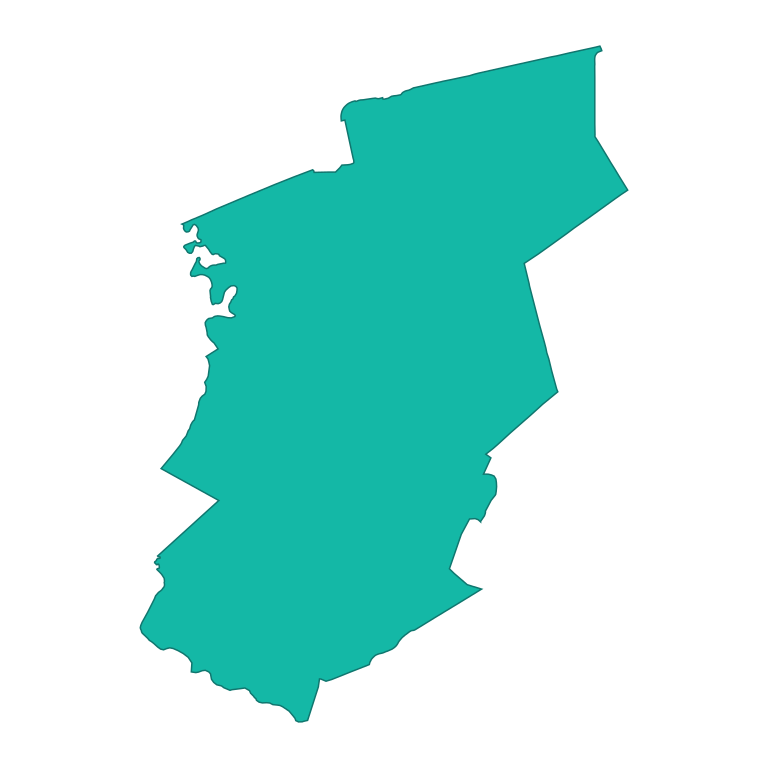 Vladeni, Dâmbovita, Romania
{"feature_id": "2599482B82955603799790", "entity_name": "Vladeni", "entity_type": "district", "adm_level": 2, "iso_a3": "ROU", "parent_name": "Romania", "parent_adm1": "Dâmbovita", "projection": "orthographic", "projection_center": [25.776, 44.875], "detail": "fine", "context": "isolated", "style": "filled", "palette": "teal", "viewbox_px": 768, "rotation_deg": 0, "n_neighbors": 0, "source": "geoboundaries", "source_scale": "gbopen_adm2", "svg_char_len": 6051}
<svg xmlns="http://www.w3.org/2000/svg" viewBox="0 0 768 768"><path d="M307.6,720.4L318.4,686.7L318.5,685.6L319.5,678.9L321.0,679.1L326.0,681.2L331.7,679.5L351.4,671.6L352.7,671.1L367.7,665.2L368.5,664.9L369.2,664.6L369.4,664.3L369.8,662.5L371.5,659.2L372.7,657.8L374.9,655.7L376.4,654.8L379.0,653.8L381.8,653.2L383.2,652.8L386.0,651.6L387.3,651.2L389.6,650.2L392.1,649.1L394.4,647.5L395.3,646.7L396.4,645.6L397.8,643.5L398.5,642.1L399.4,640.8L402.1,637.6L405.0,635.1L406.8,633.8L409.4,631.8L410.5,631.1L411.6,630.6L413.3,630.4L414.1,630.2L415.2,629.7L423.7,624.5L435.2,617.4L463.5,600.2L481.6,589.1L474.9,587.0L472.6,586.4L471.8,586.1L467.6,584.8L466.8,584.4L466.2,583.8L454.1,573.4L449.4,568.8L461.3,534.3L469.5,519.0L475.1,518.6L478.2,519.7L480.6,521.9L480.6,521.4L484.4,515.9L485.2,513.7L485.5,512.0L485.4,511.1L486.3,509.5L491.1,500.4L495.1,495.4L495.7,494.4L496.2,491.3L496.6,486.7L496.4,482.6L495.9,479.1L494.1,476.1L491.6,475.0L488.4,474.2L483.5,474.1L490.9,457.9L485.8,454.2L493.1,448.5L497.7,444.5L510.7,432.6L530.6,415.2L535.7,410.6L542.6,404.3L557.8,391.8L556.7,389.1L551.7,370.9L548.8,358.9L546.8,352.8L545.9,348.2L544.3,342.0L539.7,325.5L529.5,286.0L529.1,283.6L524.2,263.4L538.3,254.0L551.6,244.5L566.6,233.7L574.2,228.0L583.6,221.4L590.8,216.3L614.9,198.9L621.0,194.6L627.7,190.1L618.6,175.4L614.7,168.9L610.5,162.2L608.7,159.1L598.3,141.9L594.9,136.6L595.0,134.7L594.8,124.0L594.8,120.1L594.8,87.9L594.8,87.7L594.8,86.6L594.8,78.4L594.7,65.5L594.8,65.2L594.8,63.7L594.7,60.8L594.7,58.6L594.9,57.0L595.2,55.7L596.1,54.2L596.8,53.2L597.7,52.4L598.7,51.9L601.8,50.7L601.2,48.9L599.9,46.1L595.5,47.2L589.6,48.5L569.0,53.0L556.7,55.9L550.8,57.0L535.6,60.4L512.1,65.6L478.7,73.1L474.4,74.2L469.6,75.7L467.8,76.1L463.4,77.0L452.3,79.4L442.8,81.3L440.9,81.8L436.6,82.7L413.4,87.9L410.4,89.5L408.7,90.2L406.9,90.6L405.5,91.0L404.6,91.4L402.7,92.5L401.7,93.6L401.4,94.1L401.0,94.5L400.6,94.8L396.4,95.6L394.1,95.8L391.5,96.3L388.3,98.2L384.1,99.2L382.8,98.9L382.6,97.7L378.7,98.7L377.4,98.6L375.4,98.1L372.7,98.4L363.2,99.8L360.3,100.0L358.7,100.4L355.9,101.5L355.1,100.9L354.7,101.0L352.2,101.7L350.1,102.6L348.5,103.4L347.0,104.5L345.4,106.0L344.0,107.5L342.9,109.2L342.0,111.1L341.6,112.6L341.2,114.4L341.0,116.1L341.1,118.8L341.3,120.9L344.9,120.1L349.2,140.1L353.1,158.1L353.7,160.2L353.9,162.5L353.3,163.3L350.4,164.4L347.6,164.8L341.9,165.1L339.8,167.8L335.5,172.1L335.2,172.1L328.0,172.1L314.1,172.4L313.8,170.9L312.7,169.8L293.7,177.0L275.1,184.4L250.0,194.8L217.0,208.7L202.5,215.3L193.9,218.9L191.6,219.8L188.7,221.2L181.9,224.1L183.1,224.7L183.7,225.1L183.7,226.2L183.5,228.2L184.0,229.7L185.2,231.3L186.3,232.0L188.2,231.8L189.5,231.1L190.1,229.7L193.2,224.8L194.4,224.4L196.1,225.3L197.9,227.8L198.3,229.0L198.4,230.5L197.1,234.5L197.1,235.9L197.9,237.8L198.7,238.8L200.1,239.4L200.9,239.7L201.1,240.9L200.7,242.3L199.2,242.9L197.0,243.0L196.1,242.3L195.8,241.3L195.0,240.9L194.2,241.2L193.3,242.1L190.2,243.1L185.0,245.2L183.8,246.4L183.9,247.5L186.0,249.6L187.7,252.3L189.3,253.2L191.3,253.2L192.7,251.6L193.5,248.8L194.4,246.6L195.4,245.4L198.9,246.1L199.9,246.7L203.0,246.0L204.1,245.4L205.4,245.4L208.6,249.3L210.0,251.6L211.8,254.0L213.1,254.6L215.1,253.7L217.7,253.9L219.0,254.5L219.4,255.7L224.1,258.4L225.4,259.6L225.7,262.0L225.5,263.1L224.9,263.2L223.2,263.2L222.3,263.5L221.1,263.7L217.6,264.4L216.1,265.1L214.0,265.1L212.8,265.2L211.1,265.7L209.5,266.6L207.8,268.2L206.6,268.6L205.1,268.2L201.4,265.8L199.6,263.6L198.9,261.7L199.2,260.7L200.0,259.8L200.0,258.3L199.3,257.5L197.9,257.7L196.8,258.7L196.4,261.4L195.0,263.9L192.0,270.0L191.1,271.4L190.6,272.9L190.6,274.7L190.8,275.3L191.9,276.4L193.2,276.1L194.8,276.4L197.7,275.3L200.0,274.6L202.4,274.6L204.7,275.1L207.3,276.4L208.9,277.4L210.1,278.9L210.9,280.5L211.6,282.4L212.0,284.2L212.2,286.3L211.6,287.8L210.5,289.1L210.0,290.6L210.6,296.5L210.5,297.5L211.2,301.2L212.4,304.4L213.2,304.6L214.7,303.8L215.1,303.3L215.6,303.4L218.1,303.7L220.1,303.0L221.7,301.6L222.5,299.8L224.4,292.3L225.8,290.2L228.7,287.5L231.1,285.9L234.2,285.6L236.0,286.5L237.1,288.1L237.0,290.4L236.5,293.3L234.8,296.1L233.6,296.9L232.9,298.9L231.6,299.9L230.8,302.0L229.4,304.2L228.8,306.8L229.2,309.1L229.7,311.1L231.3,312.6L234.6,314.6L235.3,315.7L234.8,316.6L231.3,317.9L227.8,317.7L223.3,316.6L219.5,316.0L217.6,315.9L215.0,316.3L213.6,317.0L212.5,317.9L208.7,318.5L207.2,319.6L205.9,321.3L205.2,322.7L205.4,325.1L206.2,327.6L207.1,332.4L207.3,335.0L208.4,336.9L210.7,339.9L212.5,341.7L214.0,342.9L218.1,348.9L206.1,356.5L208.0,359.0L208.8,361.9L209.6,365.6L208.2,376.2L206.7,379.4L204.7,382.3L205.0,383.2L206.2,386.5L206.0,391.4L204.8,394.2L202.2,396.1L200.3,398.3L198.8,402.3L198.6,405.0L194.3,420.2L193.7,420.4L192.2,422.3L190.7,425.1L189.7,428.7L188.2,430.8L187.5,432.7L186.2,436.0L184.4,438.2L182.6,440.3L181.4,443.3L179.7,445.9L172.7,454.7L161.1,468.6L218.8,500.5L157.6,556.0L158.1,556.6L159.9,556.9L160.2,557.5L160.1,558.1L159.1,558.5L157.7,558.5L156.7,559.4L156.4,560.5L154.7,561.9L154.6,562.8L155.7,563.6L156.2,564.5L157.0,564.8L157.9,564.1L158.6,564.2L159.1,565.4L159.4,567.3L159.2,568.1L157.2,568.8L156.9,569.5L159.6,572.1L161.7,574.4L164.2,578.3L164.5,581.3L164.2,582.7L164.5,584.0L164.4,585.9L164.0,586.9L162.7,588.5L161.9,589.7L160.7,590.8L158.5,592.4L155.6,595.8L154.3,599.1L147.7,612.2L142.1,622.3L140.8,625.4L140.3,627.6L140.5,628.8L141.2,630.2L141.6,631.9L142.3,633.2L147.7,638.3L149.3,640.3L151.4,641.6L153.7,643.4L157.8,647.1L160.6,649.1L163.6,649.8L166.6,648.6L169.7,647.8L173.2,648.5L178.2,650.7L183.2,653.5L188.2,657.3L191.9,662.9L191.3,671.9L195.8,672.6L198.4,672.1L202.2,670.7L205.3,670.3L208.8,671.9L210.5,673.8L211.5,679.3L213.8,682.5L216.8,684.8L221.5,685.9L223.8,687.7L230.0,690.3L231.9,689.7L240.7,688.6L244.9,688.0L249.5,690.6L250.6,693.2L253.6,696.2L254.5,697.6L255.8,698.5L256.5,700.3L259.0,702.1L262.3,702.9L266.7,702.7L269.8,703.0L272.8,704.6L277.7,705.1L280.1,705.5L281.9,706.4L282.4,706.6L289.1,711.1L292.6,715.3L295.0,718.3L295.8,720.6L298.5,721.9L302.3,721.8L303.7,721.3L307.6,720.4Z" fill="#14b8a6" stroke="#0f766e" stroke-width="1.5"/></svg>